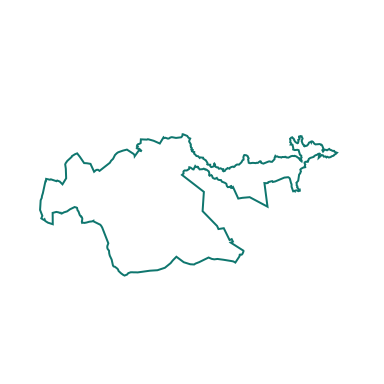 the district of Timilpan, México, Mexico, rotated 66°
{"feature_id": "50627088B71429046090456", "entity_name": "Timilpan", "entity_type": "district", "adm_level": 2, "iso_a3": "MEX", "parent_name": "Mexico", "parent_adm1": "México", "projection": "orthographic", "projection_center": [-99.714, 19.922], "detail": "fine", "context": "isolated", "style": "outline", "palette": "teal", "viewbox_px": 384, "rotation_deg": 66, "n_neighbors": 0, "source": "geoboundaries", "source_scale": "gbopen_adm2", "svg_char_len": 5990}
<svg xmlns="http://www.w3.org/2000/svg" viewBox="0 0 384 384"><g transform="rotate(66 192 192)"><path d="M110.0,281.2L109.9,283.5L110.4,287.1L111.0,287.7L112.9,293.3L114.4,295.8L115.2,296.6L119.4,297.8L128.3,301.4L132.3,307.2L128.6,308.6L126.7,310.5L127.0,311.4L123.0,315.8L123.0,316.8L120.7,319.9L122.7,321.1L122.5,321.4L122.8,321.7L132.4,328.7L134.8,330.8L136.2,331.6L138.0,333.6L146.6,338.1L152.9,338.4L154.8,340.4L157.2,338.8L157.3,338.5L157.0,337.8L158.7,337.9L161.4,336.1L164.8,332.3L154.4,327.8L155.0,324.1L156.5,321.9L157.1,321.6L157.6,320.3L158.5,320.2L158.7,319.9L158.5,317.3L158.9,314.0L158.2,310.6L158.0,305.4L159.1,304.0L159.7,303.5L162.3,304.0L163.4,303.6L167.4,303.9L169.4,303.4L169.3,303.1L169.7,303.0L170.7,302.9L171.9,303.1L174.5,304.8L175.5,304.9L175.5,304.4L176.5,302.8L177.0,300.7L177.4,297.8L178.2,295.3L178.2,293.8L178.7,294.0L184.6,289.1L186.1,288.7L188.0,288.5L204.8,289.3L207.0,291.4L208.6,292.1L209.7,292.2L211.9,291.7L214.4,292.6L216.7,293.0L221.1,292.9L227.0,294.1L228.1,293.9L229.0,292.8L231.4,291.5L232.6,291.1L234.3,291.2L237.4,289.9L239.8,288.5L240.9,287.6L241.0,284.9L240.2,283.2L240.4,280.6L243.4,274.2L246.8,262.4L249.4,255.4L250.2,247.6L248.3,240.5L246.7,237.4L244.8,232.6L252.8,228.1L257.3,223.0L259.1,219.5L258.8,218.0L259.0,214.1L258.6,203.5L261.2,201.1L262.6,199.0L263.5,196.0L266.7,190.8L271.3,183.8L272.3,182.4L274.1,181.1L270.1,174.8L268.7,173.9L268.7,173.4L269.3,172.8L269.4,171.8L268.9,170.9L267.3,169.2L266.5,168.9L254.0,177.2L254.0,174.8L251.2,174.9L251.2,177.2L238.0,177.7L236.6,182.9L233.3,182.9L213.8,190.1L196.7,181.1L172.3,194.2L171.7,192.2L170.0,191.6L169.5,191.0L169.3,190.0L170.2,188.0L169.9,185.8L169.8,185.3L168.3,184.4L169.1,183.4L171.7,181.9L172.0,181.4L169.6,178.5L170.9,178.1L171.1,176.8L171.5,176.3L172.6,176.5L173.0,176.1L174.4,175.9L175.4,173.2L175.5,171.7L176.3,171.3L176.5,170.7L177.1,170.6L177.4,169.7L180.0,168.3L182.1,168.6L183.5,169.5L184.3,169.3L184.4,167.5L185.4,167.1L187.3,167.3L188.1,166.9L189.3,165.7L189.2,163.6L190.5,163.5L191.3,163.1L192.1,162.3L192.9,160.7L194.7,160.5L196.9,158.3L198.4,157.3L200.7,157.7L202.1,157.3L202.8,155.5L202.4,154.5L202.5,153.7L203.6,153.6L204.3,154.3L204.9,153.2L204.5,152.5L216.8,152.4L217.8,148.4L220.2,141.4L236.1,129.0L213.3,122.2L214.3,120.3L214.6,119.0L214.0,118.2L214.5,115.1L214.8,114.2L215.7,114.1L216.2,111.6L216.4,101.8L217.6,98.1L218.8,97.3L219.9,97.2L224.1,97.9L225.4,97.9L227.7,98.9L232.5,99.3L232.8,98.0L233.1,97.8L232.7,97.6L232.9,96.1L233.3,95.4L234.5,94.5L234.7,93.0L233.8,92.7L233.8,93.3L232.2,93.5L230.6,94.1L229.7,93.4L228.6,93.7L226.9,92.9L226.1,92.9L224.9,90.4L219.6,87.0L219.0,85.6L218.1,85.0L217.7,84.2L215.6,83.9L215.1,82.7L214.9,79.5L215.6,78.7L216.2,78.6L213.7,78.1L212.9,77.3L211.7,77.5L210.8,77.1L210.6,75.9L211.5,73.9L211.3,73.7L211.0,74.1L210.8,73.9L210.1,72.5L209.3,71.8L209.0,70.0L209.4,66.6L208.8,65.4L208.7,63.7L208.9,62.7L208.5,61.2L208.8,59.9L209.1,59.7L211.0,61.5L212.3,62.3L211.0,58.5L211.7,57.5L213.3,57.2L213.7,55.8L214.9,55.2L214.6,54.8L214.8,54.1L216.1,53.0L216.5,51.1L216.2,50.1L216.4,48.2L216.2,47.3L215.8,46.8L215.7,45.3L215.1,43.6L213.3,45.4L212.3,45.4L211.5,47.0L210.4,47.7L209.9,48.5L208.5,49.1L208.8,51.7L208.2,52.2L207.2,53.7L208.3,55.8L206.8,55.9L205.8,54.3L202.2,54.2L201.5,54.5L201.4,55.0L200.9,55.0L200.1,56.0L198.7,59.9L197.6,60.6L195.4,61.1L194.6,61.7L194.4,62.4L194.9,62.8L194.5,62.8L194.5,65.0L195.8,66.6L196.4,68.2L196.0,70.7L195.6,70.9L195.0,70.4L193.9,71.2L192.6,71.3L190.0,71.1L188.1,69.2L186.4,69.3L185.8,70.1L185.5,69.5L185.1,69.9L184.9,71.7L185.9,72.1L187.2,72.1L187.8,73.3L187.7,73.8L189.1,74.2L190.3,75.2L190.3,75.9L188.6,77.1L186.3,77.6L185.6,77.3L184.3,77.6L184.1,77.9L182.8,78.2L182.7,79.2L183.3,80.8L185.2,81.2L186.6,82.1L187.6,81.6L188.5,81.6L188.9,82.4L189.8,81.0L193.4,81.7L194.3,82.3L195.5,81.1L196.3,78.6L197.1,77.6L201.9,78.2L203.2,77.4L204.4,77.9L205.1,77.9L205.3,78.5L206.5,79.1L208.2,79.1L208.6,79.4L207.7,79.9L207.0,79.8L206.6,80.3L206.0,80.1L205.1,80.7L204.5,80.5L203.3,81.6L202.2,82.0L200.7,83.5L200.8,84.0L199.9,85.5L199.6,86.9L199.8,89.9L198.8,91.8L198.0,92.1L197.7,92.6L197.8,93.1L196.7,95.4L196.9,96.2L196.0,97.3L195.4,98.6L194.1,99.7L193.9,100.9L193.0,101.2L194.3,102.6L195.6,103.3L197.0,106.6L196.6,107.5L195.6,108.6L195.3,109.6L195.1,115.2L193.9,116.6L193.2,117.0L192.2,116.7L191.7,117.1L191.6,117.6L192.2,120.0L191.6,121.1L191.6,121.9L190.1,124.6L189.3,127.3L188.4,128.3L184.9,127.4L184.2,126.5L182.9,126.7L182.2,126.5L180.7,127.3L179.6,128.9L179.6,129.5L181.1,130.9L183.0,131.5L183.5,131.9L183.5,132.8L185.0,134.8L186.1,137.9L185.2,139.6L185.4,141.4L186.1,142.7L186.2,143.6L185.5,144.1L185.2,145.8L185.3,147.6L185.9,148.3L184.6,149.8L185.1,151.0L185.2,152.4L186.1,153.5L185.9,154.8L185.1,155.2L183.8,154.4L183.6,155.0L182.0,156.2L181.7,157.9L179.9,158.4L179.7,159.2L178.7,160.1L177.7,160.3L176.3,159.8L175.1,160.0L175.3,160.5L177.2,161.1L177.4,161.5L177.2,164.0L176.8,164.5L175.6,164.8L174.5,164.3L173.5,166.4L172.9,166.8L172.1,166.1L171.4,166.1L168.7,166.5L166.1,168.2L165.2,167.9L163.8,170.3L164.0,171.1L161.9,171.8L160.9,173.3L159.1,173.8L158.4,174.3L157.7,174.4L156.4,173.7L155.9,174.4L154.9,174.8L154.7,175.1L155.1,175.2L154.7,175.5L154.3,175.4L154.3,174.6L153.8,174.2L152.8,175.2L151.8,174.3L150.8,174.8L149.5,174.3L149.2,174.5L148.0,173.7L144.8,174.1L143.7,173.4L142.4,171.9L141.1,173.1L138.8,173.6L135.5,176.8L135.4,177.1L136.6,177.8L137.3,178.8L137.6,179.7L136.1,184.6L133.7,188.1L133.4,189.7L133.7,190.8L133.5,192.2L131.6,194.3L131.4,195.5L130.5,195.8L134.6,201.7L129.6,206.2L126.3,210.2L125.8,210.9L125.8,211.9L123.1,217.3L126.4,219.0L126.6,220.5L126.4,221.9L126.8,222.9L127.6,223.6L128.4,223.0L129.4,224.6L130.1,224.3L131.1,222.6L133.5,221.6L133.8,222.0L132.4,223.6L136.0,229.8L135.1,229.5L133.4,229.9L126.8,234.2L126.1,238.2L125.7,243.3L126.0,244.9L126.9,247.3L129.6,250.6L130.5,253.1L131.9,255.2L135.1,267.9L133.5,268.8L133.0,270.0L133.0,271.0L133.7,273.2L125.0,273.3L123.0,276.3L121.7,278.8L114.4,280.1L110.0,281.2Z" fill="none" stroke="#0f766e" stroke-width="2"/></g></svg>